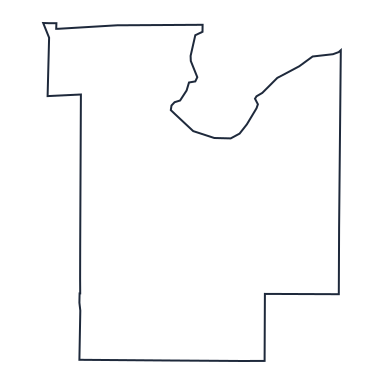 Brown, Wisconsin, United States of America (Natural Earth projection)
{"feature_id": "52423323B36008128098590", "entity_name": "Brown", "entity_type": "district", "adm_level": 2, "iso_a3": "USA", "parent_name": "United States of America", "parent_adm1": "Wisconsin", "projection": "natural_earth1", "projection_center": [-88.012, 44.46], "detail": "fine", "context": "isolated", "style": "outline", "palette": "slate", "viewbox_px": 384, "rotation_deg": 0, "n_neighbors": 0, "source": "geoboundaries", "source_scale": "gbopen_adm2", "svg_char_len": 755}
<svg xmlns="http://www.w3.org/2000/svg" viewBox="0 0 384 384"><path d="M340.8,50.2L338.7,52.1L333.0,54.2L312.6,56.5L299.2,66.3L277.3,77.9L262.3,92.9L256.5,96.3L255.0,98.7L257.7,103.9L257.9,104.3L256.5,108.3L246.9,124.3L239.6,133.6L233.3,137.0L230.7,138.4L214.3,138.0L193.2,131.1L175.0,114.1L170.8,110.1L171.5,105.5L174.6,102.2L180.1,100.5L186.6,90.5L189.0,82.5L195.3,81.4L197.3,77.2L190.8,61.0L190.6,55.9L195.3,35.2L202.5,31.8L202.6,24.8L116.9,25.3L58.2,28.8L56.2,28.8L56.4,23.2L49.2,23.2L43.2,23.0L49.1,37.7L47.6,96.1L80.9,94.5L80.2,244.6L80.1,278.7L80.2,293.4L79.6,293.4L79.5,297.5L79.4,302.7L80.3,310.6L79.4,359.8L170.2,360.5L242.9,361.0L264.6,360.9L264.9,293.9L338.8,294.2L339.1,227.0L340.8,50.2Z" fill="none" stroke="#1e293b" stroke-width="2"/></svg>